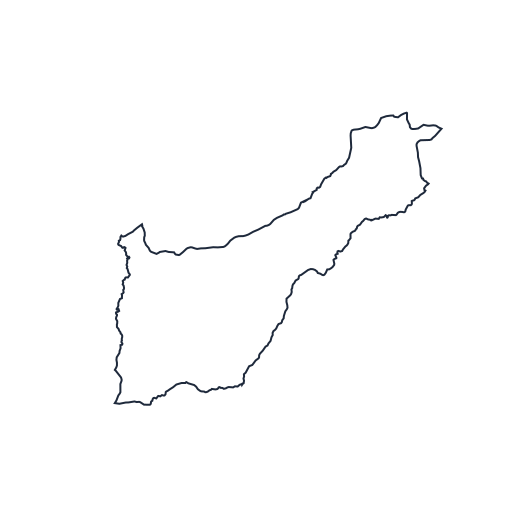 Bochalema, Norte de Santander, Colombia, rotated 22°
{"feature_id": "7082276B10229211871917", "entity_name": "Bochalema", "entity_type": "district", "adm_level": 2, "iso_a3": "COL", "parent_name": "Colombia", "parent_adm1": "Norte de Santander", "projection": "mercator", "projection_center": [-72.657, 7.644], "detail": "fine", "context": "isolated", "style": "outline", "palette": "slate", "viewbox_px": 512, "rotation_deg": 22, "n_neighbors": 0, "source": "geoboundaries", "source_scale": "gbopen_adm2", "svg_char_len": 6120}
<svg xmlns="http://www.w3.org/2000/svg" viewBox="0 0 512 512"><g transform="rotate(22 256 256)"><path d="M123.5,287.5L123.2,289.1L123.9,291.0L124.0,292.3L123.1,293.2L123.7,294.4L123.6,296.5L124.4,297.2L127.2,297.3L129.0,298.4L129.6,298.3L130.3,297.2L130.8,297.0L132.0,297.4L132.1,300.0L133.8,301.1L134.6,302.1L135.1,303.6L137.4,304.8L138.5,304.3L139.2,304.8L139.2,305.7L137.6,306.3L137.4,306.6L138.3,307.5L138.2,308.5L139.2,310.6L139.3,312.8L140.6,314.0L140.7,315.6L141.8,316.2L144.1,319.3L145.6,320.1L146.1,320.7L145.3,323.9L143.5,324.5L143.0,325.1L143.1,327.0L142.7,327.2L141.8,329.1L142.9,330.5L143.0,332.3L144.3,333.0L145.6,335.0L145.9,336.1L145.6,337.2L146.9,339.4L146.7,340.2L145.7,341.7L146.5,342.6L147.5,345.4L146.0,346.8L145.9,351.1L147.0,353.7L147.0,355.5L146.6,357.2L146.7,357.6L147.2,357.9L147.6,357.7L148.1,356.8L148.4,356.7L149.7,358.2L149.0,359.3L147.4,360.6L147.4,361.1L148.0,362.0L149.1,362.5L149.4,363.2L149.3,365.1L149.7,366.7L151.8,368.4L152.6,370.6L152.6,371.4L153.7,374.0L155.9,375.1L157.0,376.4L159.0,377.6L159.5,378.6L160.9,379.1L161.8,380.0L162.3,381.2L162.6,383.3L163.4,384.7L163.2,385.3L163.5,386.3L164.9,387.2L165.1,387.7L165.1,388.4L163.7,389.4L165.0,392.3L165.1,395.1L165.7,397.1L164.8,402.1L165.5,404.6L167.1,407.1L168.1,409.7L168.2,411.7L167.8,414.5L169.1,415.0L176.4,419.2L177.7,420.9L178.1,422.0L178.2,425.5L181.3,433.1L181.2,434.6L180.6,436.9L180.7,442.3L180.2,445.3L184.7,444.2L190.0,440.7L192.7,439.5L197.8,436.4L200.1,436.1L202.3,435.0L203.4,434.9L207.9,435.8L213.2,433.7L213.6,433.3L213.8,432.4L213.3,430.5L213.5,429.8L214.1,429.1L213.8,427.4L214.1,426.1L214.8,425.6L216.9,425.4L217.7,422.5L218.2,422.2L219.8,422.0L220.9,420.2L222.6,420.0L223.4,419.6L223.9,418.2L223.3,415.9L223.5,415.4L224.9,413.7L226.0,411.9L228.3,408.7L230.3,405.0L234.6,401.6L238.1,400.2L238.3,399.4L238.7,399.0L240.9,399.4L247.0,398.8L249.5,399.6L252.0,401.3L254.8,402.0L255.9,402.0L258.8,401.1L259.9,401.3L260.7,401.0L262.0,399.9L263.2,397.9L264.4,396.9L264.8,395.8L268.4,394.9L269.9,393.9L270.5,392.8L270.6,391.8L271.1,391.3L271.6,391.2L272.5,391.5L274.4,390.9L275.9,391.2L277.6,390.0L278.7,388.6L279.8,387.7L284.0,386.4L285.3,384.7L287.9,383.9L289.0,381.7L289.7,380.9L290.5,380.5L290.8,380.0L291.3,380.7L291.5,379.6L292.2,378.6L291.6,376.1L290.3,374.3L290.1,372.2L289.1,370.2L289.2,369.8L290.1,368.2L290.2,367.3L290.9,360.8L293.4,358.4L294.8,353.0L296.7,349.9L296.8,348.8L296.1,346.8L296.2,345.2L297.7,341.3L298.8,336.4L300.2,334.7L300.3,332.4L301.3,329.3L300.8,325.5L301.1,323.0L300.2,321.1L300.3,319.1L301.4,317.2L301.9,315.6L302.0,312.7L302.4,310.6L304.4,308.9L304.7,307.7L304.4,305.7L305.0,303.5L304.3,301.1L303.9,296.3L304.5,293.9L304.6,292.2L303.5,290.0L301.4,287.1L300.3,284.1L302.5,279.5L302.8,278.1L302.6,276.0L301.4,273.7L301.6,272.3L301.0,270.1L300.9,268.5L301.6,266.8L301.9,263.9L303.8,261.5L303.9,260.8L303.4,258.8L303.5,258.2L303.9,257.5L305.0,256.6L309.5,249.5L311.6,247.6L313.7,246.9L315.9,246.8L318.4,247.5L319.6,248.6L322.3,248.3L324.5,248.7L325.5,248.6L326.4,247.8L327.0,245.4L327.1,241.8L328.9,240.9L330.2,239.2L331.1,237.6L331.8,235.0L331.5,233.8L329.3,230.6L329.8,229.4L331.3,228.0L331.2,227.5L329.2,225.5L329.6,224.5L330.9,223.3L330.1,222.3L329.9,221.1L330.6,220.4L332.5,220.3L334.0,219.1L334.2,217.3L335.3,213.7L336.1,212.4L336.5,211.2L336.7,209.5L335.9,207.1L336.4,206.2L337.0,204.1L335.4,200.3L335.4,199.5L336.5,197.4L338.2,195.7L338.5,195.0L338.5,193.9L339.1,192.8L338.8,191.1L339.0,190.0L340.7,188.0L341.5,184.6L342.2,183.4L342.9,181.1L344.0,180.0L346.3,180.1L347.9,179.7L348.8,179.7L349.3,179.4L349.6,179.8L349.9,179.6L352.7,176.6L355.9,175.6L356.2,173.8L357.6,173.4L359.6,172.2L360.2,171.5L360.9,169.6L362.1,169.8L362.9,171.1L363.3,171.3L363.6,170.9L363.4,169.2L363.9,168.5L365.7,167.8L366.3,167.1L370.4,165.7L370.8,165.1L371.3,162.8L372.3,161.6L373.2,161.0L375.3,160.3L376.2,160.2L377.3,159.7L377.7,158.7L377.4,156.8L377.9,152.4L378.4,151.8L380.5,150.9L381.0,149.9L380.8,148.7L379.8,146.7L380.2,146.2L381.6,145.2L382.0,144.4L382.1,142.9L384.4,140.8L385.5,137.8L387.7,134.8L388.4,133.3L388.6,131.9L387.5,131.8L386.5,130.2L387.3,127.1L388.7,125.0L388.9,124.2L387.3,124.0L385.8,123.1L384.6,123.2L382.7,122.7L381.9,121.6L380.8,121.9L378.4,119.3L375.6,113.0L371.8,107.1L369.2,103.6L367.4,99.6L363.6,93.7L363.0,92.2L363.2,90.2L364.0,88.6L365.1,87.1L373.5,83.4L375.0,82.2L375.5,80.5L377.1,77.5L380.3,68.5L377.1,68.4L374.6,67.8L373.6,67.8L371.4,68.4L367.9,70.3L366.2,70.9L362.2,71.6L358.6,77.0L355.9,78.6L353.4,79.7L352.2,79.8L350.5,78.9L349.2,76.6L347.8,75.6L344.8,72.8L342.5,66.9L342.0,66.7L339.8,68.5L337.7,70.9L335.7,74.2L332.6,75.0L331.6,75.0L330.7,74.3L328.2,75.4L324.4,77.6L320.3,81.2L320.0,86.7L319.3,89.3L318.3,91.7L317.6,92.5L316.0,93.8L314.9,94.3L309.1,95.4L305.0,99.0L303.1,100.3L299.4,102.2L298.0,103.4L297.7,104.2L297.9,106.8L298.6,108.9L303.8,120.0L305.5,130.1L304.9,133.5L304.9,135.7L304.7,136.8L303.5,138.6L303.0,140.0L301.5,141.1L300.4,141.4L299.6,142.5L298.2,146.3L296.2,148.9L295.7,150.4L294.7,151.8L294.9,152.2L294.9,154.1L292.8,155.9L292.0,157.2L291.7,157.1L291.9,156.4L290.4,158.7L289.5,165.1L289.6,167.9L288.7,169.2L287.8,169.3L287.4,169.6L287.0,170.6L287.5,172.0L284.7,175.4L285.2,175.6L284.8,177.4L284.9,182.0L283.4,183.2L281.0,186.9L280.7,187.2L280.7,186.4L277.7,189.7L277.8,195.2L277.1,196.9L271.7,202.5L267.8,205.7L267.3,206.6L266.2,207.1L265.5,208.3L261.2,212.7L259.0,215.8L257.2,221.0L256.2,222.5L254.8,223.8L253.3,224.6L248.2,230.7L244.3,234.6L240.9,238.9L238.6,241.0L236.6,242.4L232.6,244.1L230.4,245.7L229.0,247.1L226.4,251.4L225.4,254.9L224.5,256.9L223.5,258.7L222.4,259.8L217.4,262.3L213.0,263.9L206.1,267.8L202.0,269.6L198.8,271.5L196.9,271.8L193.3,272.0L191.9,272.5L189.6,274.3L188.8,275.4L186.8,279.8L184.8,283.4L184.2,284.0L181.1,284.7L180.0,284.3L178.7,283.3L173.4,285.0L170.2,285.3L165.3,288.3L164.7,289.3L163.0,291.3L157.1,291.4L155.6,290.8L153.4,288.7L149.6,286.8L148.9,285.9L146.7,283.9L146.2,283.0L145.3,280.4L145.3,278.9L144.0,275.9L141.4,272.8L139.2,271.1L139.2,270.4L138.4,269.3L135.3,274.3L133.3,278.0L132.7,279.6L129.2,283.7L127.4,286.3L125.5,287.8L124.6,287.9L123.5,287.5Z" fill="none" stroke="#1e293b" stroke-width="2"/></g></svg>